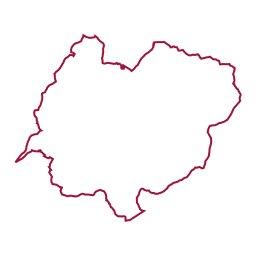 outline of Dumitra, Bistrita-Nasaud, Romania
{"feature_id": "2599482B84114248322814", "entity_name": "Dumitra", "entity_type": "district", "adm_level": 2, "iso_a3": "ROU", "parent_name": "Romania", "parent_adm1": "Bistrita-Nasaud", "projection": "albers", "projection_center": [24.426, 47.212], "detail": "fine", "context": "isolated", "style": "outline", "palette": "rose", "viewbox_px": 256, "rotation_deg": 0, "n_neighbors": 0, "source": "geoboundaries", "source_scale": "gbopen_adm2", "svg_char_len": 5668}
<svg xmlns="http://www.w3.org/2000/svg" viewBox="0 0 256 256"><path d="M164.2,42.0L163.0,42.1L158.2,42.1L154.0,42.4L153.6,43.1L153.9,43.7L154.0,44.5L153.4,44.6L153.2,45.5L153.5,46.5L152.1,49.1L151.5,49.9L151.0,50.1L149.5,51.5L148.1,52.7L146.6,53.5L145.9,54.1L144.9,54.8L143.5,56.5L142.8,57.0L141.7,58.2L139.9,60.8L139.2,62.3L138.2,64.1L137.9,64.9L135.9,66.4L134.4,68.5L132.6,70.2L131.5,71.0L130.1,69.5L123.7,65.6L123.8,66.1L123.8,67.0L124.0,67.9L123.8,68.5L123.0,67.7L122.6,66.8L122.4,66.8L122.2,67.5L122.4,68.3L122.3,68.6L122.0,68.8L121.8,68.7L121.3,68.0L121.2,67.1L121.5,65.4L121.1,65.3L119.6,63.7L118.6,63.7L118.2,64.2L117.8,64.1L117.4,63.8L117.2,63.3L116.8,62.9L116.5,63.0L116.1,63.5L115.8,63.5L115.4,63.8L114.2,63.7L113.6,63.9L112.8,63.6L107.7,62.8L104.6,63.6L104.2,63.6L102.7,63.1L102.5,62.4L102.6,60.9L102.4,59.7L102.0,58.8L102.1,57.9L102.6,56.6L102.7,55.1L103.2,52.5L103.2,51.5L103.1,50.3L103.2,48.4L104.0,45.6L103.5,43.9L102.9,43.1L99.9,41.0L97.9,38.7L97.7,38.2L96.7,37.2L96.3,36.8L95.1,35.9L94.8,36.9L93.8,37.4L89.7,37.9L85.6,36.7L84.6,35.8L84.0,35.7L83.4,35.3L83.2,36.9L82.8,37.2L82.7,37.9L81.7,39.3L81.4,40.6L80.9,41.3L77.9,42.7L76.1,43.2L75.0,43.7L74.0,44.4L72.0,46.9L71.6,47.7L71.0,50.1L71.1,51.0L71.3,51.8L71.2,52.2L73.1,52.7L74.7,54.0L73.5,56.1L72.6,55.1L69.7,55.0L68.2,56.7L65.6,58.3L64.1,60.4L63.5,62.5L62.5,63.8L62.1,64.7L60.0,68.2L59.8,68.2L58.7,69.8L56.0,71.9L54.8,73.6L54.5,73.7L54.4,74.1L54.8,75.0L54.8,77.6L55.4,80.2L55.9,81.2L55.8,81.6L55.7,81.8L55.1,82.0L52.2,84.1L50.6,84.6L49.1,85.5L48.2,86.5L47.2,87.7L46.7,89.1L46.1,89.9L45.0,92.2L42.5,93.2L42.0,93.6L41.9,94.8L42.2,95.5L42.3,96.5L42.2,99.2L41.8,100.9L40.5,105.0L40.3,105.6L39.0,107.4L38.7,108.2L38.4,109.7L38.2,110.0L36.4,110.1L34.8,110.5L34.5,111.0L34.2,112.5L34.5,115.3L35.5,116.9L35.8,116.9L36.2,117.2L36.6,118.0L36.8,119.6L36.7,120.4L37.4,121.6L37.4,122.2L37.2,122.5L36.9,123.2L37.2,123.3L37.7,123.7L38.2,124.5L38.2,125.2L38.9,126.9L39.0,127.9L39.7,129.1L40.3,129.9L41.2,130.5L40.1,130.8L39.6,131.3L39.4,131.6L38.1,132.8L37.7,133.7L36.5,134.2L35.3,134.2L34.2,134.5L33.5,134.6L32.7,135.2L31.4,135.5L30.5,136.5L29.5,137.9L29.2,139.2L28.0,141.4L27.3,143.6L27.2,144.6L26.5,146.2L26.4,147.3L26.2,149.1L25.3,151.0L23.9,152.6L21.7,154.0L15.4,162.3L22.2,158.5L24.3,156.6L24.7,156.4L26.8,153.8L27.8,153.0L30.9,151.7L31.5,151.2L31.9,150.2L34.1,151.1L37.0,151.4L38.8,151.4L38.9,150.7L39.9,151.0L40.0,150.3L40.3,150.2L40.7,150.5L40.7,151.7L42.3,152.6L42.8,153.3L45.0,155.1L44.0,156.1L46.4,157.5L48.8,158.2L49.8,157.1L52.9,159.0L50.2,163.9L50.0,164.4L49.8,166.2L49.4,166.9L49.0,167.0L51.1,170.0L50.5,170.3L50.0,170.4L49.9,171.1L49.2,172.3L52.0,176.8L51.5,178.1L51.3,179.0L51.3,181.3L51.8,182.7L52.8,183.9L52.7,184.1L53.2,184.3L53.9,184.3L56.5,184.7L60.2,187.3L60.2,187.0L61.9,187.5L60.6,190.6L60.5,190.9L61.6,193.6L62.1,194.5L62.6,194.4L63.3,194.9L65.2,195.3L66.2,195.9L67.2,196.2L68.4,196.2L69.6,195.7L71.2,195.7L73.1,196.2L74.2,196.1L74.9,196.5L77.2,196.2L79.0,195.5L79.3,195.1L80.9,194.3L81.9,193.9L83.1,193.8L83.7,193.9L84.4,194.4L84.9,194.6L87.9,194.5L92.7,195.2L93.7,194.9L95.0,192.5L95.7,191.8L96.2,191.4L96.6,191.4L98.5,190.4L100.6,189.9L102.2,190.8L103.8,191.2L104.4,191.8L105.3,193.3L105.8,194.4L106.3,196.8L106.1,198.7L106.5,199.2L106.6,199.8L106.4,200.3L107.3,200.4L107.5,200.9L107.6,201.3L108.3,201.9L109.0,202.9L109.2,203.4L109.1,203.8L109.9,204.2L110.8,207.2L111.5,207.4L112.7,208.6L113.3,209.8L114.2,210.4L114.3,210.9L115.3,213.9L117.2,215.8L118.4,216.3L120.3,216.3L121.9,216.5L123.4,216.2L125.3,216.6L125.5,217.2L125.6,220.7L130.0,220.0L143.9,211.0L142.1,210.6L140.0,209.2L139.9,208.3L138.8,206.5L138.6,205.6L138.6,205.4L138.5,205.0L137.0,202.7L136.8,199.0L136.9,197.4L137.5,196.9L139.0,194.1L139.5,191.7L140.8,189.4L142.1,188.6L143.5,189.0L144.3,189.9L146.7,190.7L147.4,190.6L149.0,190.6L149.2,191.1L150.5,192.4L152.3,193.0L153.8,193.0L154.9,193.7L156.2,193.6L156.8,193.9L157.8,193.8L158.6,193.4L160.2,192.9L160.8,192.9L161.2,192.6L163.7,191.4L167.5,188.1L167.6,187.4L168.8,185.8L171.4,184.3L172.3,183.9L173.2,183.0L174.0,182.7L175.6,182.4L178.4,181.4L178.9,180.7L179.4,180.5L181.6,180.0L183.3,178.8L184.3,178.0L186.8,177.2L189.3,174.2L191.5,170.7L192.7,169.9L193.6,169.5L195.3,167.5L195.8,167.7L197.1,167.7L199.5,166.9L201.6,168.1L201.7,168.3L203.5,168.1L203.6,167.6L204.2,166.6L204.5,165.2L204.8,164.8L205.2,163.8L205.3,162.8L205.2,162.2L205.4,161.1L207.3,158.7L208.5,156.7L208.8,156.0L209.3,152.5L209.7,148.2L211.0,143.7L211.3,141.1L210.9,138.4L211.1,138.1L209.5,135.6L208.0,132.7L207.6,131.5L208.2,130.7L208.1,129.6L209.2,127.2L210.0,125.9L212.9,125.3L214.3,125.4L217.0,124.5L217.5,124.2L218.4,123.4L220.6,122.9L224.0,121.8L227.5,119.6L231.0,114.3L233.8,108.3L239.7,101.5L240.1,100.7L239.7,99.3L239.7,97.9L239.8,97.3L240.5,95.5L240.6,94.3L238.7,91.3L238.0,89.4L236.5,88.5L236.3,87.6L235.4,86.8L234.5,85.3L234.4,84.3L233.6,84.2L233.2,83.4L234.2,81.7L234.5,80.1L234.2,78.5L234.1,77.7L234.1,77.0L234.0,76.4L233.4,75.2L233.2,73.9L233.6,73.0L234.0,71.4L234.6,70.2L234.4,68.8L234.6,68.7L234.7,68.1L234.4,67.7L233.0,67.0L231.6,65.9L231.0,65.8L230.4,65.4L229.9,65.3L229.4,64.0L228.1,64.2L224.7,64.2L222.4,64.0L221.2,64.4L220.0,64.3L219.1,60.9L216.9,60.2L216.2,59.5L215.3,59.3L214.5,59.4L213.0,59.1L210.0,56.7L209.0,57.1L206.5,57.4L201.4,58.7L201.0,58.3L200.8,58.5L200.6,58.4L199.9,57.2L199.7,56.6L199.2,55.9L198.9,55.3L198.2,54.9L198.0,54.4L197.6,54.2L196.2,54.7L194.2,55.0L193.4,54.7L192.7,54.7L191.2,55.3L189.4,55.3L188.6,55.1L186.2,53.7L185.4,52.9L184.5,52.1L182.9,50.0L181.8,50.1L180.5,50.5L178.5,50.6L177.7,48.7L176.8,47.2L174.7,47.1L174.0,46.4L173.6,46.4L172.5,46.8L171.9,47.3L170.5,47.3L170.4,46.8L169.9,46.0L164.2,42.0Z" fill="none" stroke="#9f1239" stroke-width="2"/></svg>